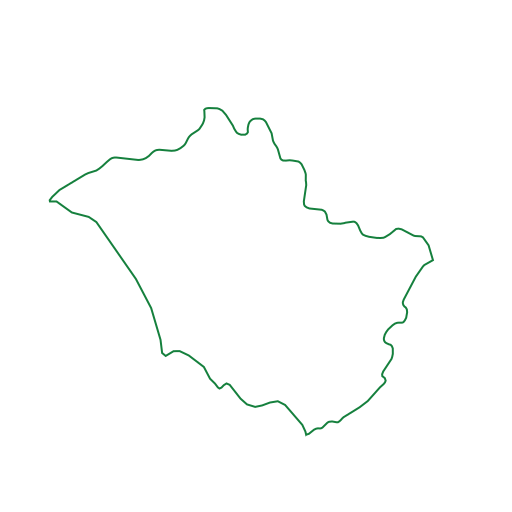 Rayong, Robinson projection, rotated 47°
{"feature_id": "THA-434", "entity_name": "Rayong", "entity_type": "Province", "adm_level": 1, "iso_a3": "THA", "parent_name": "Thailand", "parent_adm1": "", "projection": "robinson", "projection_center": [101.425, 12.873], "detail": "fine", "context": "isolated", "style": "outline", "palette": "green", "viewbox_px": 512, "rotation_deg": 47, "n_neighbors": 0, "source": "natural_earth", "source_scale": "10m", "svg_char_len": 3004}
<svg xmlns="http://www.w3.org/2000/svg" viewBox="0 0 512 512"><g transform="rotate(47 256 256)"><path d="M420.9,341.2L418.1,339.6L411.1,337.3L384.8,336.3L377.1,339.1L372.7,345.7L369.5,353.4L365.8,359.5L358.4,363.8L349.8,364.6L332.3,363.1L329.1,364.5L328.5,367.7L328.7,371.0L328.0,373.1L326.1,373.5L321.4,373.0L314.4,373.3L301.6,369.8L282.9,373.0L273.5,376.7L269.4,381.2L267.5,390.2L262.9,390.8L252.2,383.0L222.6,368.2L190.9,359.5L122.3,349.6L113.3,351.7L98.6,361.0L80.1,364.7L75.6,369.5L74.5,368.8L73.8,364.7L73.7,354.7L79.9,325.3L81.0,322.0L84.6,314.5L85.2,311.1L85.5,307.0L85.5,300.8L85.7,296.7L86.1,294.8L86.8,293.4L87.6,292.2L88.6,291.1L105.5,276.6L106.4,275.5L108.1,272.9L108.7,271.4L109.3,269.7L109.8,266.0L109.6,262.2L109.7,260.1L110.0,258.3L110.6,256.7L111.5,255.4L112.4,254.2L121.4,246.1L123.5,243.5L124.7,241.2L125.6,237.7L126.0,233.8L125.9,232.0L125.5,230.4L123.8,225.8L123.3,224.1L123.1,222.3L123.1,220.2L124.4,212.8L124.5,210.9L124.1,209.1L123.3,205.8L122.8,204.3L121.4,201.5L119.5,199.0L115.1,195.2L114.0,194.4L113.8,194.2L113.8,193.7L113.8,192.5L114.5,191.1L115.6,189.6L121.6,183.6L123.6,182.5L126.8,181.5L132.4,181.7L144.9,184.0L148.0,185.1L151.4,185.8L153.1,185.9L155.0,185.3L157.2,184.1L159.9,181.1L160.3,179.1L159.9,177.5L157.6,175.6L156.6,174.5L154.8,172.0L154.1,170.6L153.5,168.9L153.5,167.0L153.7,165.2L154.4,163.8L155.2,162.6L158.3,159.3L160.7,157.7L162.8,157.3L164.9,157.4L176.9,160.9L183.2,164.9L184.9,165.5L186.8,166.0L189.4,166.3L191.3,166.7L193.0,167.3L201.3,171.6L202.9,171.7L204.6,171.1L206.6,169.1L208.9,166.1L211.2,164.1L215.9,160.5L217.8,160.1L220.0,160.1L226.0,161.9L229.2,163.3L230.5,164.1L234.8,168.2L236.2,169.1L238.4,170.9L248.7,183.8L251.1,185.7L252.6,186.2L255.0,185.8L257.7,184.5L267.0,176.4L268.7,175.7L270.5,175.3L273.8,176.2L278.3,179.1L279.9,179.5L282.2,179.2L284.5,177.8L290.0,172.2L292.1,169.1L292.7,167.8L297.0,161.7L297.7,160.9L298.8,160.4L300.5,160.1L303.3,160.5L308.4,162.4L311.6,163.2L313.4,163.2L316.0,162.1L319.1,160.2L325.2,155.3L327.8,152.6L329.6,150.3L330.2,148.6L331.3,143.2L331.8,135.1L333.2,133.1L335.8,131.3L348.6,126.8L349.9,126.0L354.2,121.9L356.2,121.2L365.9,122.5L379.7,129.4L377.4,139.0L377.5,141.0L380.1,153.2L388.6,177.6L389.9,180.1L391.1,181.1L392.4,181.7L394.2,181.9L395.8,181.6L397.9,182.1L400.2,183.8L403.6,188.3L404.6,191.1L404.9,193.2L404.7,194.0L404.5,194.4L403.8,195.3L402.0,197.2L401.1,198.4L400.2,200.5L399.8,203.4L399.8,209.3L400.4,212.5L401.4,215.5L403.3,218.5L404.4,219.5L405.6,220.1L407.0,220.4L408.6,220.1L411.5,218.9L412.7,218.1L414.6,218.1L416.9,219.0L420.9,222.7L422.6,225.1L423.7,227.1L427.2,241.7L428.5,244.4L430.1,245.6L431.5,245.3L433.2,245.1L435.6,246.2L436.4,247.9L436.7,250.0L436.6,254.8L438.3,273.2L437.3,283.4L433.6,301.9L433.6,303.8L433.8,305.8L433.8,307.6L433.5,309.4L432.5,310.5L428.9,313.2L427.1,315.6L427.0,315.9L426.8,316.3L426.6,317.7L426.8,324.5L426.3,326.1L425.4,327.2L424.3,328.2L423.3,329.8L422.6,332.0L422.1,338.7L420.9,341.1L420.9,341.2Z" fill="none" stroke="#15803d" stroke-width="2"/></g></svg>